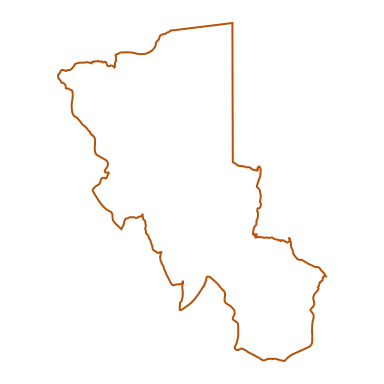 outline of Turkana Central, Rift Valley, Kenya
{"feature_id": "3690345B27917723778047", "entity_name": "Turkana Central", "entity_type": "district", "adm_level": 2, "iso_a3": "KEN", "parent_name": "Kenya", "parent_adm1": "Rift Valley", "projection": "mercator", "projection_center": [35.914, 3.132], "detail": "fine", "context": "isolated", "style": "outline", "palette": "amber", "viewbox_px": 384, "rotation_deg": 0, "n_neighbors": 0, "source": "geoboundaries", "source_scale": "gbopen_adm2", "svg_char_len": 5927}
<svg xmlns="http://www.w3.org/2000/svg" viewBox="0 0 384 384"><path d="M232.8,162.1L232.4,23.0L171.5,30.5L171.0,30.4L168.4,32.3L167.0,32.5L165.6,33.8L164.6,33.8L163.4,34.3L161.7,34.6L160.0,35.8L159.8,36.6L159.4,37.3L159.0,39.4L158.3,39.7L158.1,40.3L157.6,40.9L156.8,41.4L155.9,42.7L155.7,45.0L154.7,47.4L153.9,48.6L151.8,50.7L148.6,52.7L146.1,53.6L144.8,53.9L140.2,54.2L137.4,53.8L132.8,52.7L127.7,52.3L124.2,52.3L123.4,52.5L121.4,52.3L119.7,52.9L118.0,53.9L115.6,54.8L115.9,56.5L115.9,59.8L116.1,60.7L115.1,62.4L114.8,67.3L114.5,67.5L113.3,66.3L111.7,65.5L110.3,65.6L108.9,66.3L107.9,66.1L107.1,65.3L106.3,62.8L105.8,62.0L104.9,61.8L103.4,62.3L102.5,62.3L101.7,61.5L101.2,61.3L99.8,61.6L99.0,61.5L98.3,60.9L96.4,61.5L94.2,61.3L93.0,62.0L91.9,62.0L91.4,62.4L91.5,63.2L87.0,62.2L83.1,62.7L79.1,62.7L77.9,63.2L76.8,63.3L75.0,64.1L74.7,64.4L73.5,66.8L72.2,68.0L71.8,68.9L69.8,70.1L69.0,70.2L67.8,70.0L67.4,70.1L66.4,70.9L65.7,71.0L63.4,70.0L61.8,70.0L60.5,71.3L60.1,72.6L59.3,73.6L58.1,74.7L58.2,76.5L58.5,78.6L59.7,79.6L60.9,81.3L61.5,82.7L63.3,82.9L65.0,84.5L65.7,86.0L65.8,88.3L66.4,88.6L67.6,88.5L68.3,88.7L70.2,89.7L71.7,90.2L72.1,90.6L72.7,93.2L72.7,97.4L71.6,104.5L71.8,109.3L72.4,113.0L73.6,115.4L74.7,116.5L75.0,116.7L76.0,117.0L77.6,118.4L80.2,121.5L82.9,124.9L86.2,127.4L86.5,128.2L87.5,129.0L88.3,130.4L89.8,131.6L90.2,133.1L90.9,133.7L91.2,134.5L92.0,134.9L92.4,135.4L93.2,135.8L94.4,137.4L95.1,139.6L95.1,141.5L94.7,148.9L95.2,152.2L96.1,154.2L96.9,155.0L99.5,156.4L106.6,160.5L107.2,161.4L107.9,163.2L108.0,164.2L107.5,166.2L106.9,167.5L105.3,169.6L104.7,171.1L104.8,171.7L105.2,172.3L105.6,172.5L108.5,172.5L108.8,173.0L108.6,173.7L107.8,174.8L106.4,178.2L106.2,178.4L105.8,178.5L104.8,178.0L102.5,177.8L101.6,178.5L100.9,179.6L100.3,182.1L99.7,183.5L99.2,184.1L95.8,186.3L94.3,187.6L93.2,189.0L92.9,189.7L92.8,190.3L92.8,191.1L98.3,200.1L100.6,203.3L102.5,205.7L104.5,207.7L107.0,209.8L110.9,211.9L111.5,212.5L112.1,213.6L112.4,214.7L112.7,219.1L113.1,220.4L114.7,222.8L121.3,229.2L123.3,225.3L124.1,222.9L124.3,221.4L125.1,219.4L125.6,218.8L128.1,218.1L129.4,217.4L130.0,217.2L131.5,217.4L133.2,217.1L136.4,218.0L136.8,217.9L137.9,217.4L139.1,216.6L140.6,216.6L141.6,215.9L142.2,214.6L142.7,214.7L142.6,215.7L143.2,219.0L143.9,220.0L144.8,220.7L145.4,221.9L145.3,223.7L145.8,225.1L145.8,226.4L145.1,228.6L145.8,230.6L146.0,233.2L146.5,233.9L147.5,234.7L148.3,235.7L149.1,238.3L150.3,240.2L152.4,246.8L152.7,248.8L153.0,249.6L153.9,250.4L157.5,252.8L158.6,252.9L160.2,252.1L161.4,252.1L161.5,252.3L160.9,253.1L160.6,253.7L160.6,254.9L160.1,257.2L160.6,260.7L162.3,264.5L163.5,266.4L164.2,269.3L165.4,271.8L165.9,273.3L170.8,283.1L171.9,284.5L172.5,285.0L173.2,285.2L173.7,285.2L176.2,284.5L180.1,284.2L181.0,283.9L182.0,283.2L182.5,282.5L182.7,281.5L183.0,281.5L183.2,283.2L182.5,284.8L182.3,286.2L182.3,288.1L182.8,292.2L182.6,296.8L182.1,298.5L182.0,300.2L181.5,301.1L180.6,301.9L180.1,302.7L180.0,303.2L180.0,305.0L179.7,306.7L179.8,308.1L179.7,309.7L179.8,309.9L180.6,310.1L181.5,309.8L182.5,309.3L188.6,304.9L191.0,303.0L192.7,301.3L195.6,297.9L198.1,294.6L203.6,286.2L204.2,285.9L204.2,284.7L204.7,284.2L205.6,281.4L206.2,280.5L206.3,279.9L206.1,278.8L206.9,276.9L207.6,276.5L209.4,276.8L210.5,277.4L217.4,283.6L222.2,289.4L224.2,291.2L224.7,292.3L225.0,293.6L225.0,295.6L224.5,299.3L224.8,301.7L225.6,302.8L226.2,303.3L228.3,304.8L229.1,305.1L231.0,306.5L233.4,309.1L234.2,310.1L234.4,310.7L234.7,312.1L234.6,314.1L234.0,315.5L232.9,317.5L232.8,318.7L232.9,319.3L233.5,320.0L236.7,322.0L237.7,323.2L238.1,325.3L238.2,328.3L238.2,335.8L237.1,341.5L236.4,343.6L234.9,346.7L234.7,347.6L234.8,348.1L235.4,349.1L236.7,350.0L238.4,350.0L240.4,348.8L242.4,348.6L246.2,350.7L248.8,352.6L252.1,354.1L257.8,357.2L261.9,359.7L262.4,360.3L263.9,360.4L264.8,360.2L267.2,359.1L267.8,359.0L271.3,358.7L272.9,359.1L274.3,358.7L275.4,358.8L277.1,359.4L277.9,359.3L279.7,360.1L284.5,361.0L288.0,357.4L291.1,355.2L294.8,353.3L302.0,350.2L308.7,347.0L309.7,346.5L311.3,344.7L312.1,343.0L312.3,335.4L312.0,332.0L312.2,325.1L312.7,321.5L313.5,318.3L313.7,315.7L313.1,313.8L310.9,311.2L310.5,310.4L310.5,309.7L311.1,308.8L312.8,307.1L313.4,306.2L314.1,304.6L314.3,303.6L313.3,298.6L313.4,296.7L314.2,294.7L315.1,293.3L317.1,291.2L318.2,289.6L318.5,288.4L317.8,287.2L318.8,286.2L319.2,284.4L319.2,283.8L320.1,282.7L320.0,282.1L320.2,281.9L320.7,281.9L321.2,281.2L322.4,280.6L322.7,279.1L322.7,277.7L323.5,277.3L323.6,276.4L324.1,276.3L325.9,276.3L324.2,273.4L320.6,269.8L320.0,268.6L319.1,267.6L317.5,267.1L314.9,266.9L311.1,265.0L308.2,263.8L306.3,262.5L305.5,262.2L304.7,261.6L301.9,259.9L299.5,259.9L297.1,258.8L294.3,255.3L293.4,253.9L292.6,250.0L291.5,248.1L291.2,247.1L291.0,245.3L291.0,243.3L290.4,241.2L290.3,239.9L289.7,238.6L289.4,238.2L289.1,238.2L289.1,238.6L289.5,239.4L289.6,240.2L289.3,241.3L288.3,242.1L287.1,242.6L283.6,240.4L282.6,240.6L281.8,240.2L281.1,240.2L281.0,240.9L280.5,241.1L278.8,240.0L274.4,239.1L272.0,237.4L268.5,237.9L265.9,237.4L264.5,237.8L262.7,237.4L257.5,237.0L256.8,237.1L255.9,237.7L255.6,237.6L255.5,237.3L256.2,236.2L256.6,234.3L256.4,234.2L255.6,234.7L254.6,235.7L254.3,235.4L254.5,234.1L254.3,233.9L253.4,234.3L253.1,234.3L252.9,234.1L253.1,231.6L253.6,229.8L253.8,228.1L255.0,226.0L256.3,224.9L256.3,223.2L256.6,222.3L256.4,220.8L257.3,219.2L257.6,218.4L257.9,215.9L258.0,213.3L257.8,212.3L257.2,211.5L257.4,209.0L257.8,208.3L259.0,208.3L259.7,207.9L260.6,206.4L260.9,204.9L260.9,203.5L260.0,202.3L260.8,196.4L260.0,191.2L259.6,190.1L258.8,188.8L258.1,187.9L257.2,187.3L256.9,186.4L257.0,185.3L259.6,177.9L260.3,175.5L260.7,169.8L260.5,168.8L259.7,166.9L259.1,166.5L258.8,166.5L257.4,168.3L257.3,168.7L257.9,169.3L258.0,169.6L257.9,170.1L257.6,170.4L257.1,170.6L254.1,170.0L251.7,169.1L250.8,168.1L249.2,167.2L246.4,167.3L244.1,166.4L242.8,166.4L242.0,165.9L240.0,166.0L238.4,165.6L237.4,165.2L235.2,163.5L232.9,162.3L232.8,162.1Z" fill="none" stroke="#b45309" stroke-width="2"/></svg>